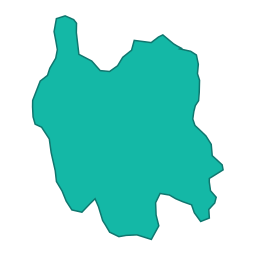 Geumsan-gun, South Chungcheong, South Korea, rotated 1°
{"feature_id": "91817680B68842805087026", "entity_name": "Geumsan-gun", "entity_type": "district", "adm_level": 2, "iso_a3": "KOR", "parent_name": "South Korea", "parent_adm1": "South Chungcheong", "projection": "mercator", "projection_center": [127.492, 36.118], "detail": "fine", "context": "isolated", "style": "filled", "palette": "teal", "viewbox_px": 256, "rotation_deg": 1, "n_neighbors": 0, "source": "geoboundaries", "source_scale": "gbopen_adm2", "svg_char_len": 1156}
<svg xmlns="http://www.w3.org/2000/svg" viewBox="0 0 256 256"><g transform="rotate(1 128 128)"><path d="M90.6,61.7L77.6,55.2L74.7,33.6L74.7,24.2L71.8,20.6L63.2,17.0L54.5,19.9L52.4,32.9L54.5,43.0L56.0,50.9L54.5,59.5L48.8,69.6L46.6,76.8L39.4,82.6L32.2,102.1L32.2,108.5L32.9,118.6L33.4,120.2L35.1,125.8L41.6,128.7L49.5,140.3L51.6,153.9L56.0,172.0L57.4,182.8L63.2,192.1L67.5,202.2L69.6,205.4L73.3,210.9L83.4,213.0L91.3,204.4L96.3,199.3L99.9,207.3L104.3,221.0L107.1,225.3L111.5,232.5L120.8,236.8L128.0,235.4L138.8,234.7L153.3,239.0L155.1,235.5L160.5,225.3L157.6,214.5L156.9,202.2L161.2,192.9L170.6,194.3L177.0,197.9L184.2,200.8L192.9,203.7L195.8,211.6L202.3,220.2L210.9,216.6L210.2,208.0L216.0,201.5L217.4,195.7L211.6,189.3L210.2,180.6L210.2,177.0L223.8,168.2L222.8,163.2L212.7,154.2L211.5,142.9L206.0,134.5L199.5,128.5L194.9,124.3L192.6,117.9L193.5,110.5L194.9,104.5L198.1,99.4L198.6,91.1L198.7,79.0L196.5,72.5L197.2,63.1L195.1,53.8L189.3,50.2L178.5,48.0L179.9,47.3L175.6,45.1L172.0,43.0L161.2,34.3L156.9,36.5L149.7,42.2L132.7,40.3L130.2,50.2L121.5,57.4L116.5,66.0L108.6,71.8L99.2,71.1L90.6,61.7Z" fill="#14b8a6" stroke="#0f766e" stroke-width="1.5"/></g></svg>